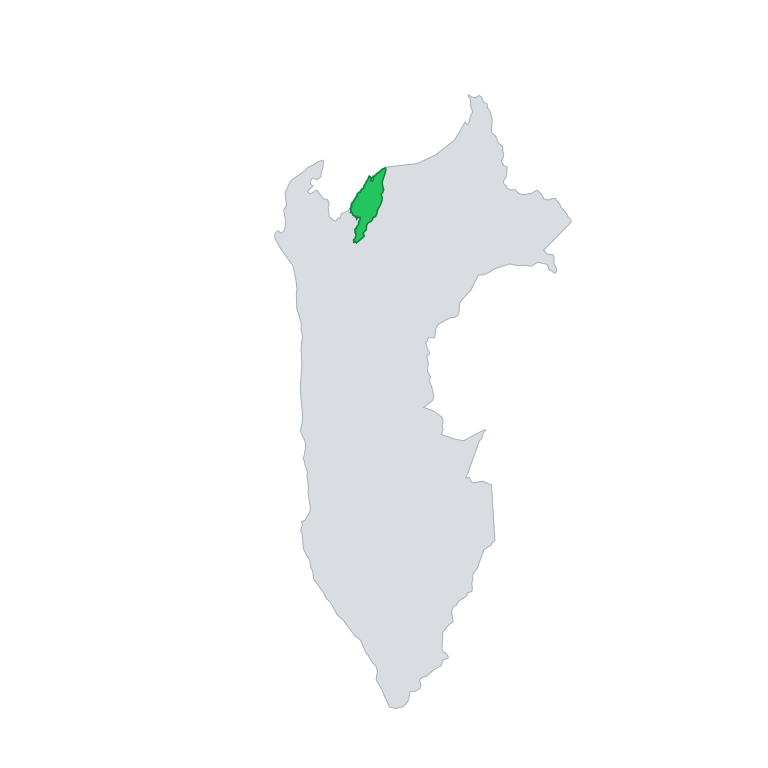 Condorcanqui, Amazonas, Peru (highlighted), rotated 19°
{"feature_id": "86281439B49364565182822", "entity_name": "Condorcanqui", "entity_type": "district", "adm_level": 2, "iso_a3": "PER", "parent_name": "Peru", "parent_adm1": "Amazonas", "projection": "equal_earth", "projection_center": [-78.171, -4.2], "detail": "fine", "context": "in_parent", "style": "filled", "palette": "green", "viewbox_px": 768, "rotation_deg": 19, "n_neighbors": 0, "source": "geoboundaries", "source_scale": "gbopen_adm2", "svg_char_len": 9277}
<svg xmlns="http://www.w3.org/2000/svg" viewBox="0 0 768 768"><g transform="rotate(19 384 384)"><path d="M510.4,220.7L510.3,222.8L508.2,223.9L506.4,222.4L503.6,222.8L499.5,217.8L489.7,218.6L485.4,224.5L478.9,225.8L471.8,228.5L463.7,229.6L451.1,239.1L448.2,242.9L442.5,248.5L437.8,250.3L435.5,267.4L430.9,277.4L429.1,282.9L431.5,291.1L431.5,295.2L428.9,298.4L426.8,298.8L422.5,302.3L416.0,309.8L414.9,315.7L416.9,323.3L416.2,324.2L410.9,325.6L411.0,329.9L409.9,331.5L414.4,337.6L416.9,339.1L417.0,340.6L416.6,342.2L415.6,342.9L415.5,344.2L418.7,348.8L421.0,357.9L425.7,362.3L425.8,365.2L427.1,368.1L429.5,370.3L435.1,379.4L435.2,383.6L429.3,393.3L439.0,393.3L449.8,396.6L451.2,398.1L452.5,402.5L452.6,405.4L454.8,407.7L454.5,413.0L468.7,413.1L477.8,411.7L492.8,395.5L495.2,394.2L493.9,397.7L493.7,400.3L494.4,403.1L492.7,407.0L492.2,446.4L494.9,444.3L498.4,448.0L500.9,448.2L509.1,443.7L518.5,444.5L539.8,495.8L537.9,499.3L537.9,501.9L535.3,504.2L532.5,508.3L532.1,528.7L529.8,534.8L531.0,538.0L532.1,544.5L534.1,548.4L534.5,550.9L534.3,551.8L531.2,554.0L531.0,557.7L525.4,564.9L524.3,569.8L522.3,571.5L521.8,577.0L526.6,586.0L523.4,591.3L520.4,599.3L525.1,615.9L527.1,618.3L529.2,618.2L532.4,619.6L534.1,622.1L530.1,625.3L529.4,626.6L529.6,632.1L525.2,636.2L519.2,646.7L517.6,647.2L514.6,650.3L514.1,651.9L514.5,653.4L517.0,656.5L517.2,660.3L512.9,665.0L510.0,665.5L508.8,666.8L509.9,673.2L509.9,676.1L508.9,679.5L506.7,683.2L500.4,687.1L494.7,687.7L485.2,678.2L482.2,674.2L472.8,666.1L471.3,657.6L468.2,653.4L462.3,650.3L457.7,645.9L454.2,643.9L445.6,634.2L437.7,631.2L423.0,621.0L415.1,617.7L404.9,608.2L399.4,605.6L395.0,601.2L381.6,591.7L379.6,588.7L377.5,584.1L374.5,581.3L371.2,574.9L366.3,571.1L361.5,566.1L355.6,552.7L352.8,549.7L352.6,543.6L350.7,540.8L353.6,538.8L355.5,529.3L354.5,524.5L347.7,511.8L346.4,506.4L341.4,496.6L339.6,490.7L335.7,486.5L334.0,482.7L331.8,481.2L331.7,476.7L330.1,468.1L327.9,463.7L320.0,455.6L319.2,446.8L317.4,440.7L306.4,415.8L299.9,392.0L294.5,378.7L292.3,371.0L292.1,366.9L288.1,359.8L285.9,353.3L276.9,340.9L271.6,327.0L270.9,322.9L267.3,315.2L261.5,305.3L258.7,301.3L241.3,289.0L233.1,281.5L232.1,277.7L232.5,275.5L234.3,273.4L236.8,275.0L238.3,274.3L239.5,271.6L239.5,267.4L238.0,262.1L232.4,251.8L233.8,247.1L228.2,235.2L229.5,223.6L230.7,220.6L239.2,208.8L241.5,203.8L245.1,200.7L248.8,195.9L253.2,192.3L254.5,193.5L255.8,199.8L255.6,204.0L256.9,208.7L253.8,212.9L250.5,212.1L249.1,213.1L248.6,215.1L249.2,218.3L250.1,219.6L252.6,219.7L249.2,225.9L249.4,227.2L251.8,228.3L254.0,226.7L256.4,223.2L257.9,222.7L266.4,228.7L270.3,228.0L273.3,230.8L273.7,235.2L277.9,243.8L284.3,245.9L285.3,245.2L286.8,242.0L288.2,241.5L288.4,236.7L293.9,231.6L294.8,228.1L294.0,225.6L294.1,223.7L297.3,212.3L298.3,211.2L299.3,207.5L300.5,205.3L302.4,192.6L303.9,192.7L305.3,195.7L307.0,194.9L306.1,192.0L306.4,191.0L312.5,180.9L314.4,178.7L343.8,164.7L358.4,150.3L371.4,130.1L375.4,109.8L376.9,111.2L379.3,110.7L378.5,102.6L379.1,98.6L379.0,97.5L375.0,92.6L373.3,87.2L369.8,84.2L370.0,83.0L373.7,84.1L377.1,83.6L380.0,80.3L382.1,80.6L386.9,85.2L390.5,85.6L391.6,88.9L395.1,91.3L400.0,98.3L402.2,105.9L402.1,107.4L404.3,111.4L409.0,113.3L413.8,118.9L418.7,120.7L420.9,125.8L422.3,127.4L423.0,130.3L422.2,133.8L422.9,135.6L426.5,138.6L429.7,138.7L430.3,140.2L432.1,148.6L430.9,152.8L431.4,155.2L435.5,157.2L436.7,159.0L439.9,159.4L444.5,157.6L450.2,160.2L454.6,159.3L456.7,158.6L458.7,156.7L460.5,156.8L465.0,151.4L466.2,151.0L471.0,153.3L475.0,157.0L480.0,156.3L482.1,154.1L485.7,152.8L492.2,157.3L493.7,159.4L495.4,159.8L502.4,164.3L503.7,166.1L507.4,167.9L508.1,169.3L507.9,171.0L491.4,205.5L496.5,208.3L501.2,206.6L503.6,208.8L505.4,214.5L509.2,218.2L510.4,220.7Z" fill="#d9dde1" stroke="#a8b0b8" stroke-width="1"/><path d="M308.3,257.6L308.4,258.0L308.7,258.3L308.9,259.1L309.0,259.3L309.0,259.7L309.2,259.9L309.6,260.0L309.8,259.9L309.8,259.7L309.6,259.4L309.7,258.8L310.4,258.4L310.7,258.6L310.8,258.9L311.0,259.0L311.2,259.3L311.6,259.4L311.8,259.3L312.1,259.6L317.3,250.7L316.8,250.1L316.7,249.7L316.2,249.4L315.9,249.1L315.7,249.3L315.4,249.2L315.4,248.9L315.5,248.3L315.6,248.1L315.6,247.8L315.6,247.5L315.3,247.4L316.3,245.8L316.7,244.7L317.0,244.5L316.7,243.6L316.9,243.2L316.6,242.7L316.6,242.1L316.1,241.2L316.0,240.8L316.1,240.6L316.0,240.3L316.1,240.0L316.0,239.3L316.2,239.0L316.1,238.2L316.2,237.5L316.3,237.3L316.5,237.1L316.6,236.8L317.0,236.3L317.6,235.8L318.0,235.0L318.3,234.8L318.5,234.8L319.1,233.9L319.3,233.4L319.4,232.3L319.6,232.0L319.5,231.8L319.4,231.4L319.5,231.2L319.5,230.5L319.5,230.1L319.9,229.8L319.9,229.4L320.6,229.3L320.8,229.0L321.0,229.0L321.2,228.8L321.6,227.2L321.7,226.8L321.8,226.1L321.8,225.9L321.7,225.8L321.7,225.0L321.6,223.8L321.4,222.8L321.4,222.0L321.3,221.2L321.5,220.3L321.5,219.8L321.7,218.8L321.7,218.5L321.7,218.3L321.8,218.0L322.2,216.3L322.2,216.1L322.4,213.7L322.4,212.5L322.4,212.3L322.4,211.5L322.3,210.7L322.0,210.0L321.9,209.6L321.7,209.2L321.7,208.8L321.9,208.6L321.4,208.2L320.9,207.5L320.9,207.3L320.7,206.9L320.4,206.8L320.2,206.7L319.9,205.9L319.6,205.4L319.8,204.5L320.3,203.9L320.3,203.3L320.5,203.0L320.4,202.3L320.5,201.9L320.4,201.4L320.5,201.1L320.4,201.0L320.5,200.5L320.4,200.1L319.8,200.0L319.7,199.7L319.4,198.8L319.2,198.5L318.7,197.9L318.4,197.8L318.0,197.5L318.0,197.3L318.1,196.9L318.0,196.5L317.7,196.2L317.6,195.9L317.3,195.5L317.1,194.8L316.9,194.6L316.8,194.2L316.6,193.7L316.5,193.0L316.5,192.1L316.6,190.2L316.4,189.1L316.5,185.7L316.4,185.1L316.2,183.3L316.3,182.9L316.1,182.3L316.2,181.8L316.2,181.1L316.1,180.8L315.7,180.1L315.5,179.3L315.6,179.0L315.7,178.9L314.8,179.2L314.9,179.6L312.4,181.5L312.2,182.3L311.9,182.5L311.7,183.2L311.4,183.3L311.3,183.8L311.1,184.0L310.7,184.6L310.7,185.3L310.4,185.6L310.1,185.7L309.9,186.2L309.6,186.3L309.4,186.8L308.9,187.0L308.7,187.2L308.6,187.7L308.5,187.9L308.5,188.0L308.3,188.2L308.3,188.6L308.2,188.7L308.2,188.9L307.8,189.3L307.5,190.0L307.2,190.3L307.2,190.5L306.7,191.0L306.3,191.4L306.1,191.4L306.3,191.7L306.3,192.4L306.5,192.6L306.5,192.8L306.6,193.0L306.8,193.0L307.0,193.0L307.0,192.9L307.1,193.1L307.2,193.8L307.2,194.1L307.3,194.3L307.3,194.6L307.3,195.4L307.0,195.4L306.8,195.7L306.6,195.8L306.4,195.9L306.2,196.1L306.0,195.9L305.9,196.2L305.6,196.3L305.2,196.0L305.4,195.8L305.3,195.6L305.3,195.3L305.1,194.8L305.1,194.2L304.9,194.0L305.0,193.0L304.9,192.8L304.4,192.8L304.2,192.9L303.8,192.6L303.5,192.7L303.4,192.6L303.1,192.6L302.5,192.1L302.4,192.1L302.4,192.4L302.1,192.8L302.2,193.1L302.5,193.6L302.4,193.9L302.4,194.3L302.0,195.0L302.1,195.3L302.1,195.6L302.1,195.9L301.9,196.5L301.9,197.0L301.8,197.3L301.6,197.5L301.3,197.9L301.3,198.1L301.4,198.5L301.2,199.0L301.2,199.5L301.1,199.9L301.1,200.2L301.4,200.7L301.1,201.0L301.2,201.4L301.1,201.7L301.2,202.0L301.0,202.4L300.8,202.4L300.6,202.3L300.5,202.5L300.5,202.9L300.6,203.0L300.6,203.3L300.5,203.5L300.8,203.8L301.0,203.9L300.8,204.6L300.6,204.9L300.8,205.1L300.8,205.5L300.7,205.8L300.2,206.5L299.7,207.0L299.5,206.9L299.4,207.0L299.5,207.2L299.5,207.3L299.5,207.5L299.3,207.6L299.1,208.0L299.1,208.5L299.1,208.9L298.9,209.2L299.2,209.5L298.8,210.6L297.9,210.7L297.8,211.1L297.5,211.5L297.5,211.9L297.3,212.0L296.9,212.5L297.0,212.8L296.9,213.7L296.8,214.0L296.9,214.3L297.0,214.4L297.6,214.8L297.5,215.2L297.1,215.8L297.0,216.1L296.9,216.2L296.5,217.3L296.6,217.5L296.6,217.8L296.7,218.5L296.6,218.8L296.6,219.3L296.3,219.7L296.1,219.8L295.9,220.1L295.9,220.3L295.9,221.0L296.0,221.1L296.0,221.3L295.9,221.6L295.6,222.6L295.2,222.8L295.1,223.0L294.9,223.3L294.9,223.6L294.8,224.0L294.9,224.3L294.8,224.5L294.9,224.8L295.0,225.1L295.1,225.5L295.1,226.2L295.2,226.7L295.4,226.8L295.5,226.6L296.0,226.5L296.1,227.1L295.8,227.4L295.6,227.4L295.4,228.1L295.2,228.3L295.2,228.6L295.1,229.0L295.1,229.4L295.2,229.5L295.4,229.5L295.6,229.8L295.8,229.8L296.0,229.7L296.3,230.4L296.5,230.6L296.5,231.0L296.4,231.1L296.4,231.5L296.5,232.1L296.5,232.5L296.5,232.9L296.8,232.9L296.8,232.7L297.2,232.1L297.5,232.2L297.6,232.3L298.0,232.4L298.7,233.1L298.9,233.5L299.3,233.8L299.2,234.0L299.4,234.5L299.8,234.4L300.0,234.4L300.3,234.6L300.5,234.7L300.7,234.8L301.0,234.8L301.2,234.6L301.7,234.6L302.0,234.4L302.5,235.1L302.5,235.4L302.8,235.5L302.9,235.2L303.1,235.1L303.5,235.4L303.8,235.2L303.9,235.3L304.1,234.8L304.3,235.3L304.5,235.6L304.3,235.9L304.3,236.3L304.4,236.5L304.5,236.9L305.4,234.9L305.9,234.6L306.3,234.7L306.7,234.1L307.0,234.0L307.3,234.3L307.3,234.5L307.1,234.7L307.2,234.9L307.3,234.9L307.5,235.1L308.0,236.1L307.4,238.1L307.1,238.3L307.5,238.9L307.5,239.1L307.6,239.3L307.4,239.6L308.0,240.9L307.8,241.1L307.8,242.3L307.6,242.4L307.5,243.1L307.3,243.4L307.2,243.5L306.9,244.1L307.0,244.6L307.3,245.1L307.3,245.5L307.3,245.9L307.3,246.0L307.1,246.0L306.5,246.1L306.5,246.3L306.3,246.4L306.3,246.9L306.2,246.9L306.1,247.3L306.1,247.5L306.4,248.0L306.6,248.3L306.7,248.6L306.8,248.8L307.0,248.8L307.4,248.9L307.5,249.0L307.4,249.4L307.1,249.4L307.0,249.9L307.0,250.1L307.4,250.2L307.8,250.5L308.0,250.8L308.3,251.1L308.6,251.0L308.5,251.5L308.6,251.9L308.8,252.0L309.0,251.9L309.1,252.0L309.1,252.3L309.2,252.6L309.6,253.2L309.4,253.7L309.2,253.9L309.3,254.2L309.1,254.6L309.3,255.1L309.1,255.8L309.0,256.1L308.9,256.7L308.7,256.8L308.6,257.4L308.6,257.6L308.3,257.6Z" fill="#22c55e" stroke="#15803d" stroke-width="1.5"/></g></svg>